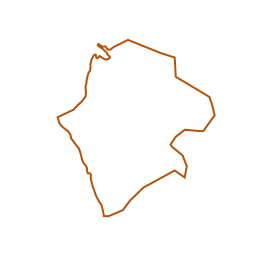 the district of Gwoza, Borno, Nigeria, rotated 128°
{"feature_id": "59680162B2846194934808", "entity_name": "Gwoza", "entity_type": "district", "adm_level": 2, "iso_a3": "NGA", "parent_name": "Nigeria", "parent_adm1": "Borno", "projection": "equal_earth", "projection_center": [13.592, 11.15], "detail": "fine", "context": "isolated", "style": "outline", "palette": "amber", "viewbox_px": 256, "rotation_deg": 128, "n_neighbors": 0, "source": "geoboundaries", "source_scale": "gbopen_adm2", "svg_char_len": 1942}
<svg xmlns="http://www.w3.org/2000/svg" viewBox="0 0 256 256"><g transform="rotate(128 128 128)"><path d="M79.9,203.0L80.2,203.1L81.5,202.6L81.5,199.4L81.4,198.7L81.2,197.6L81.2,196.5L81.4,194.9L81.5,191.8L82.8,189.1L82.8,187.3L83.0,186.4L83.4,185.8L84.3,185.5L85.2,185.8L85.9,186.1L87.7,187.3L88.5,190.4L88.7,193.6L88.8,194.7L89.4,195.0L90.7,194.6L91.8,194.9L92.2,196.0L90.2,198.4L90.7,199.5L92.4,199.6L96.2,199.0L101.0,196.8L102.9,195.1L106.5,193.1L108.8,193.1L110.4,192.5L111.5,191.9L112.5,191.6L114.0,191.0L114.9,190.4L116.3,189.8L117.2,188.9L118.1,188.6L119.0,188.0L120.6,187.4L121.7,186.8L121.8,186.8L122.6,186.2L123.3,185.6L123.8,184.7L124.7,184.1L126.1,182.9L127.1,182.2L128.8,181.1L130.4,180.8L135.8,180.8L137.4,181.1L138.3,181.1L139.2,181.4L141.3,181.7L142.2,181.7L142.7,181.7L143.3,181.7L143.5,181.8L144.0,182.1L144.6,182.1L144.9,182.0L145.3,182.0L146.9,182.0L148.0,182.6L150.1,183.7L152.7,185.0L154.5,185.9L157.0,187.2L162.8,190.1L164.4,187.8L166.2,185.5L167.0,183.0L167.4,180.6L167.5,179.9L167.5,178.7L167.5,174.9L167.5,174.6L167.4,173.0L167.7,172.2L168.6,169.4L171.0,166.6L171.4,165.7L172.1,162.9L172.7,160.8L173.7,156.9L174.5,153.8L177.3,149.6L178.0,148.7L178.9,147.6L181.0,145.1L183.0,141.4L183.6,138.1L184.9,135.6L186.6,134.4L187.5,133.1L187.7,132.7L187.9,132.5L188.1,132.4L188.2,132.2L188.3,131.9L188.3,131.6L188.2,131.5L187.2,130.3L187.2,130.2L187.2,129.7L187.4,129.3L187.7,128.4L190.1,126.9L192.3,124.4L195.8,119.8L201.5,110.7L203.8,105.2L204.9,101.7L207.2,98.7L208.4,97.1L210.0,95.2L212.3,92.8L209.6,89.1L196.0,81.5L183.8,81.7L165.5,79.2L132.8,65.1L132.1,54.3L132.1,52.9L121.9,58.1L116.0,68.2L115.7,81.5L114.8,84.3L105.8,85.0L94.5,82.2L85.4,68.3L83.8,66.8L64.7,67.5L59.4,74.0L53.4,82.9L58.2,121.9L43.7,134.6L48.7,148.0L58.6,182.3L73.1,189.2L77.2,190.2L78.6,192.3L77.6,196.0L79.5,198.0L80.1,198.4L79.8,199.5L79.9,200.3L80.2,200.6L80.3,200.8L80.0,201.4L79.9,203.0Z" fill="none" stroke="#b45309" stroke-width="2"/></g></svg>